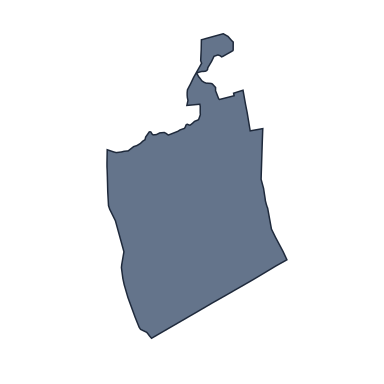 the district of Livada, Arad, Romania, rotated 141°
{"feature_id": "2599482B75985324598985", "entity_name": "Livada", "entity_type": "district", "adm_level": 2, "iso_a3": "ROU", "parent_name": "Romania", "parent_adm1": "Arad", "projection": "natural_earth1", "projection_center": [21.379, 46.217], "detail": "fine", "context": "isolated", "style": "filled", "palette": "slate", "viewbox_px": 384, "rotation_deg": 141, "n_neighbors": 0, "source": "geoboundaries", "source_scale": "gbopen_adm2", "svg_char_len": 2013}
<svg xmlns="http://www.w3.org/2000/svg" viewBox="0 0 384 384"><g transform="rotate(141 192 192)"><path d="M315.6,107.5L315.5,103.8L260.5,95.2L246.0,93.0L229.9,90.3L220.5,88.8L199.4,85.4L173.2,81.7L160.9,79.6L158.7,88.4L155.6,104.4L153.6,113.2L144.0,130.7L143.4,131.8L143.1,132.7L142.9,133.5L142.6,134.2L142.5,134.4L142.0,135.7L141.2,137.4L140.6,138.8L139.3,140.9L134.1,149.8L130.3,158.4L108.2,184.0L98.8,194.8L97.1,196.7L108.3,202.9L99.1,219.1L95.1,226.7L88.3,239.0L97.5,242.6L98.5,240.6L98.7,240.3L112.4,246.6L112.6,247.7L110.3,254.8L110.1,255.7L107.9,258.4L108.2,263.2L108.9,264.4L111.8,267.1L112.4,267.5L113.0,268.6L113.6,269.7L114.4,272.2L114.3,274.0L114.2,276.2L114.3,277.2L113.9,279.5L113.9,280.6L113.5,281.0L112.7,281.2L110.9,280.6L108.5,279.5L107.1,278.4L105.5,277.4L104.2,277.1L102.9,277.4L102.5,277.7L101.6,278.6L94.6,281.2L89.5,283.6L85.6,282.2L84.3,280.1L84.0,278.4L82.8,278.0L71.3,276.1L70.6,276.5L65.6,282.6L65.9,284.9L66.1,290.2L68.1,295.3L88.9,304.4L95.3,296.8L102.6,288.6L103.5,286.0L118.7,280.0L125.8,276.6L126.6,276.3L131.2,274.3L133.1,272.4L134.9,270.2L136.2,268.3L137.5,265.7L141.5,262.5L130.7,255.3L130.9,254.9L131.6,253.5L135.6,248.6L136.9,246.8L140.5,244.6L141.3,244.2L142.5,244.3L143.6,244.7L145.6,245.3L148.2,245.1L150.6,245.1L151.4,245.2L151.9,245.6L153.1,247.7L154.2,247.9L155.0,247.5L156.2,246.8L157.8,246.2L162.3,247.8L164.6,248.0L173.2,250.7L174.6,251.2L175.3,253.9L176.1,255.7L179.8,258.2L183.5,259.0L186.2,260.8L186.5,261.6L186.5,262.9L186.2,264.3L186.6,265.1L187.4,265.6L193.4,263.9L195.6,262.2L198.3,262.5L201.6,262.2L205.7,262.8L208.8,264.0L215.7,264.1L219.2,266.4L221.8,267.6L226.1,270.3L227.7,272.5L231.3,278.2L239.7,268.2L242.2,265.1L244.4,262.1L248.8,256.3L249.2,255.8L252.1,252.0L257.1,245.5L265.5,233.9L266.8,230.4L269.6,217.9L282.5,188.4L292.3,179.8L294.4,177.7L300.1,168.4L303.0,162.7L308.2,150.3L312.7,137.2L315.0,130.5L318.2,120.1L318.4,117.6L315.5,111.4L315.5,109.9L315.5,108.3L315.6,107.5L315.6,107.5Z" fill="#64748b" stroke="#1e293b" stroke-width="1.5"/></g></svg>